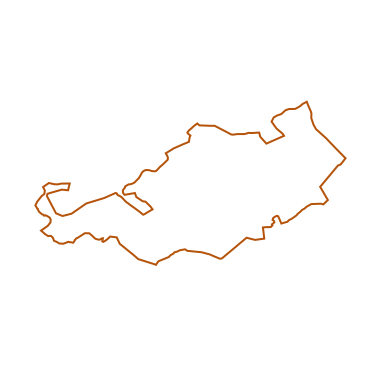 Buji, Jigawa, Nigeria (Equal Earth projection), rotated 62°
{"feature_id": "59680162B86414227144381", "entity_name": "Buji", "entity_type": "district", "adm_level": 2, "iso_a3": "NGA", "parent_name": "Nigeria", "parent_adm1": "Jigawa", "projection": "equal_earth", "projection_center": [9.704, 11.546], "detail": "fine", "context": "isolated", "style": "outline", "palette": "amber", "viewbox_px": 384, "rotation_deg": 62, "n_neighbors": 0, "source": "geoboundaries", "source_scale": "gbopen_adm2", "svg_char_len": 3522}
<svg xmlns="http://www.w3.org/2000/svg" viewBox="0 0 384 384"><g transform="rotate(62 192 192)"><path d="M155.2,343.4L158.5,342.1L160.3,341.5L160.7,341.2L163.3,339.8L164.5,337.2L167.0,336.3L170.4,336.7L172.7,334.7L175.0,333.5L176.1,331.8L177.3,329.8L177.8,325.8L177.9,324.5L178.7,323.8L179.9,322.0L181.0,320.8L180.6,319.8L179.8,318.4L179.4,318.1L179.3,317.4L179.0,316.8L178.6,316.0L178.8,314.5L178.2,307.3L178.1,305.9L180.2,302.1L184.3,300.5L185.3,300.2L186.7,299.7L188.0,299.2L189.7,297.4L190.8,295.9L190.7,294.5L190.7,293.1L191.0,292.4L193.5,294.4L194.4,293.7L194.4,292.4L194.3,291.0L193.8,288.3L192.9,285.2L196.7,279.8L203.9,280.1L219.9,273.3L226.1,270.9L231.4,265.7L238.1,259.1L239.4,258.1L237.4,254.2L238.5,243.1L237.9,241.1L237.7,240.4L237.7,237.6L237.0,235.8L237.3,234.6L237.7,233.0L237.7,230.3L239.3,225.1L241.8,223.7L245.1,218.7L245.6,218.0L249.7,211.8L255.5,205.6L255.8,205.3L258.3,203.4L264.0,198.7L264.7,196.8L258.0,165.3L263.9,158.8L267.1,150.1L256.6,146.0L257.1,144.7L258.4,141.9L258.6,141.6L259.8,139.1L259.9,138.6L259.7,137.9L259.2,137.3L259.2,137.1L259.2,136.9L259.2,136.7L258.8,136.6L258.6,136.6L258.4,136.5L258.2,136.6L258.0,136.4L258.0,136.1L257.9,135.7L257.8,135.0L257.5,133.9L257.5,133.6L257.2,133.5L256.8,133.3L256.5,133.3L256.2,133.2L255.5,133.4L255.1,133.5L254.7,133.9L254.5,134.0L253.2,132.7L252.9,131.4L252.8,129.5L252.9,128.3L253.9,127.3L261.8,127.9L262.5,124.4L263.1,121.7L262.4,119.8L262.4,116.2L261.7,110.7L260.9,108.9L260.2,105.2L259.5,103.4L259.5,100.6L259.0,98.6L258.8,97.9L258.7,93.3L258.7,92.3L262.9,83.6L264.6,81.9L262.9,75.8L247.6,76.4L245.4,71.0L237.1,50.6L237.5,47.9L234.3,40.6L222.6,44.1L217.6,45.5L213.5,46.7L207.9,48.2L194.7,53.0L189.5,53.1L182.8,52.0L178.3,49.5L175.9,49.2L170.5,48.8L166.2,48.3L166.2,53.0L167.0,56.3L167.1,61.8L165.7,64.6L164.3,67.3L163.7,71.0L164.4,73.8L165.1,76.5L164.4,81.1L164.5,84.8L167.2,88.7L171.2,88.2L175.6,87.6L182.9,84.7L185.1,84.4L185.6,84.4L184.2,103.6L177.7,105.2L175.2,105.8L174.8,105.7L171.1,104.8L170.1,106.9L168.2,111.1L166.1,114.8L166.1,115.9L165.4,118.7L163.4,122.4L162.0,125.1L160.7,128.8L159.3,130.7L158.0,131.4L144.2,140.9L142.4,144.3L136.7,154.1L134.0,155.2L134.5,158.6L135.6,163.0L136.3,166.1L137.4,168.2L138.9,168.0L141.4,166.9L142.6,168.4L146.3,171.2L145.6,178.0L145.2,183.8L144.9,187.6L145.5,197.0L148.5,196.9L150.2,197.1L152.0,198.2L152.5,199.6L154.0,205.0L154.2,205.9L154.8,208.6L156.0,211.9L156.6,213.8L156.3,215.0L155.5,216.4L154.4,217.9L153.1,219.0L151.9,220.7L150.8,222.8L150.8,225.4L151.6,227.5L152.7,229.0L153.9,230.9L154.9,232.7L155.7,235.5L156.6,238.0L156.7,239.7L156.5,241.3L156.1,243.1L155.5,244.6L155.7,248.4L157.0,249.7L157.5,251.3L158.3,252.4L160.5,253.3L162.8,252.9L163.0,252.4L166.1,242.9L170.1,243.5L170.3,243.5L177.0,239.9L178.7,237.6L185.2,235.5L188.8,235.0L189.1,242.1L189.3,244.2L189.1,245.8L185.9,247.1L181.2,249.3L178.7,250.5L175.8,252.0L173.2,253.2L171.4,254.0L170.3,254.7L169.1,255.0L168.0,255.4L163.5,256.6L161.7,257.6L160.7,258.3L160.1,259.0L159.1,259.2L158.1,259.0L157.0,259.9L156.1,272.4L152.5,290.7L154.6,308.6L152.4,317.6L147.3,321.8L147.0,322.1L127.5,322.0L125.7,320.4L128.8,305.8L132.3,300.6L129.9,298.5L127.1,296.0L123.2,303.5L122.3,306.8L120.4,310.1L120.1,310.4L116.9,314.1L117.7,321.2L121.5,321.2L124.4,323.2L125.0,326.7L127.9,333.3L130.4,336.6L133.7,336.4L134.5,336.1L134.7,336.4L138.0,336.2L141.3,334.9L142.4,333.8L143.3,333.8L143.7,333.3L143.7,332.5L144.7,331.5L147.7,329.7L147.8,329.7L149.9,329.7L152.4,331.2L154.2,335.3L155.2,343.4Z" fill="none" stroke="#b45309" stroke-width="2"/></g></svg>